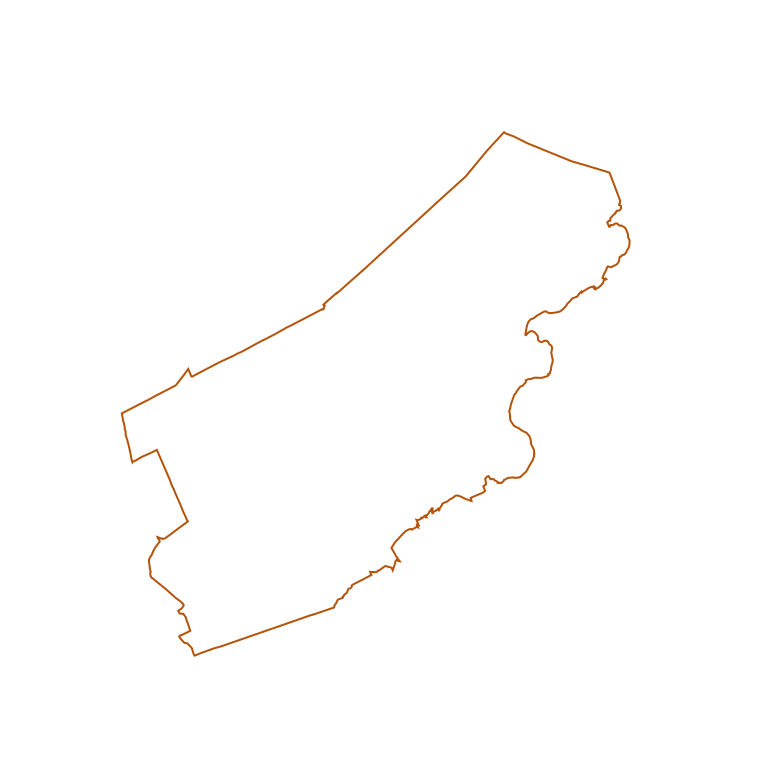 Ceamurlia De Jos, Tulcea, Romania (Mercator projection), rotated 248°
{"feature_id": "2599482B14465216932535", "entity_name": "Ceamurlia De Jos", "entity_type": "district", "adm_level": 2, "iso_a3": "ROU", "parent_name": "Romania", "parent_adm1": "Tulcea", "projection": "mercator", "projection_center": [28.752, 44.725], "detail": "fine", "context": "isolated", "style": "outline", "palette": "amber", "viewbox_px": 768, "rotation_deg": 248, "n_neighbors": 0, "source": "geoboundaries", "source_scale": "gbopen_adm2", "svg_char_len": 6157}
<svg xmlns="http://www.w3.org/2000/svg" viewBox="0 0 768 768"><g transform="rotate(248 384 384)"><path d="M203.1,106.6L203.1,114.6L202.6,127.5L201.8,133.9L197.1,228.8L196.9,231.8L196.7,231.8L195.5,254.1L196.0,254.2L196.9,254.9L199.1,257.9L201.0,259.9L201.4,261.3L201.1,265.4L201.3,265.8L202.1,265.9L202.4,266.2L202.6,267.3L203.1,267.7L203.8,269.1L204.2,271.1L207.3,274.2L207.5,274.8L207.3,275.3L207.2,276.5L207.6,277.6L208.0,278.1L209.2,278.6L209.6,279.3L211.6,300.7L213.3,300.6L215.0,300.8L212.4,306.4L212.8,308.0L213.1,308.1L213.4,308.9L213.0,309.4L213.0,309.7L214.6,316.3L214.7,317.2L210.7,322.3L208.0,322.3L211.6,325.5L215.6,328.5L215.9,329.5L216.1,329.8L214.0,331.6L213.7,332.2L217.0,331.3L220.2,330.7L229.3,329.5L233.5,335.6L235.9,340.9L237.0,343.0L237.4,344.4L237.8,344.8L239.5,348.9L239.8,352.4L239.7,354.3L239.6,354.6L239.2,355.0L238.5,355.3L239.1,359.7L239.1,361.2L238.5,361.7L241.4,361.7L241.5,362.5L239.5,362.6L239.5,363.3L245.9,363.2L245.5,363.7L245.1,365.1L245.0,366.6L245.5,367.8L246.0,368.4L245.2,368.7L246.0,371.3L246.6,371.9L246.6,372.5L245.9,372.5L244.5,372.9L244.4,373.5L245.5,373.3L246.4,373.7L246.3,374.7L247.9,377.5L248.9,378.4L248.9,379.5L250.4,380.9L250.8,382.0L250.6,382.4L249.9,382.4L248.8,381.2L247.7,381.0L246.9,380.5L246.0,380.5L245.9,380.9L246.3,381.2L246.3,381.5L247.2,381.9L247.0,384.5L247.7,386.2L247.0,387.2L246.1,387.6L246.1,388.0L246.4,388.3L248.1,388.1L247.9,388.8L248.0,389.4L248.8,390.6L249.5,391.3L249.8,392.2L250.7,392.7L251.2,393.7L251.4,396.7L251.3,398.8L252.1,400.7L252.9,405.9L253.6,408.2L253.5,409.1L253.3,410.0L251.9,412.0L246.6,416.9L242.7,421.3L246.0,421.8L246.2,434.8L247.0,437.7L251.8,437.7L252.1,438.2L252.3,439.0L252.6,439.6L252.6,440.6L252.9,441.1L253.6,441.4L254.9,441.5L255.7,441.8L258.1,442.2L258.6,443.3L259.5,444.5L259.6,445.0L259.4,446.5L255.9,447.1L255.6,447.4L255.6,448.7L254.4,450.2L253.0,450.6L252.4,451.4L250.5,452.7L249.8,452.3L249.3,452.9L249.4,453.9L248.6,454.7L248.4,455.3L248.3,456.0L248.9,457.4L249.0,458.2L250.1,459.4L250.0,460.8L250.4,462.2L250.4,464.1L248.9,469.1L248.2,469.6L247.5,471.4L247.2,472.8L246.7,474.2L246.7,475.5L246.9,475.5L247.0,476.3L247.8,478.2L249.4,482.8L250.3,484.0L255.9,490.9L257.0,492.6L259.2,494.7L260.8,496.0L262.8,496.9L262.7,497.1L266.2,498.2L267.7,498.3L272.7,497.9L274.0,498.1L275.9,498.8L279.3,499.3L281.8,499.2L283.6,498.4L285.4,497.9L287.5,495.8L289.9,494.0L293.4,491.8L294.3,490.4L296.7,488.8L301.2,487.9L302.6,487.7L304.2,487.8L309.9,489.7L311.5,489.7L312.3,490.1L313.1,491.1L317.6,494.1L324.8,500.4L326.5,503.2L327.8,504.7L330.5,509.3L330.5,512.1L331.5,513.7L332.1,515.5L333.6,516.8L334.3,516.8L334.4,519.5L333.5,522.5L333.6,523.3L333.6,524.6L333.3,526.5L330.9,531.7L330.5,533.5L330.3,536.8L330.0,538.0L330.5,539.9L331.7,539.9L331.8,542.0L333.1,542.5L334.6,544.1L337.8,545.8L341.3,548.6L343.8,549.7L345.2,549.8L349.7,550.7L350.5,550.9L353.4,552.9L355.1,553.5L356.3,553.6L357.3,553.3L359.1,552.1L361.7,551.9L363.0,551.1L363.7,550.0L363.9,549.5L363.8,548.4L364.0,548.4L363.8,546.8L363.9,545.8L364.6,544.7L365.4,544.0L366.8,543.5L368.1,543.5L369.9,544.3L370.9,544.5L372.0,544.3L375.4,543.1L377.3,541.4L378.0,540.1L378.0,539.0L377.4,536.5L376.1,533.9L376.4,533.5L377.4,533.9L383.7,537.8L386.7,540.3L388.3,542.5L389.0,544.5L388.9,546.9L389.2,548.6L390.0,550.8L390.6,555.6L390.9,556.8L391.1,559.6L390.8,561.3L388.5,563.0L387.7,564.1L387.1,565.7L385.7,571.1L385.3,574.9L386.9,579.4L387.2,579.8L388.2,582.0L389.9,584.3L391.0,587.3L392.7,590.3L392.9,591.3L392.6,595.2L392.8,595.8L393.3,597.0L394.9,599.3L395.8,601.6L394.6,601.7L395.2,603.1L395.5,604.5L396.3,609.6L396.4,612.4L396.0,613.5L395.9,615.2L395.5,615.7L394.3,615.8L394.1,614.6L393.3,614.7L392.5,615.4L393.0,617.2L393.0,618.9L393.7,620.4L393.8,621.5L394.9,623.2L395.4,624.7L395.9,624.9L396.3,625.5L398.0,626.7L397.8,628.2L397.9,629.4L398.9,628.9L398.7,627.7L400.5,626.3L402.7,628.4L404.0,629.5L404.8,630.8L406.7,632.9L408.6,634.6L409.1,635.4L409.0,636.0L407.5,637.7L407.2,638.6L407.6,641.0L407.4,642.2L407.7,644.5L408.4,645.9L409.7,647.7L413.6,650.2L413.7,650.7L413.4,651.6L414.3,653.4L413.9,655.0L414.4,656.2L415.2,657.7L416.7,659.1L418.6,661.8L421.1,663.7L425.1,665.5L429.1,665.3L431.5,666.3L437.2,666.4L439.5,665.5L441.8,663.5L442.4,662.8L442.7,661.5L445.6,660.2L446.2,658.0L445.5,655.9L446.1,654.7L446.4,654.2L446.4,653.7L445.3,652.5L445.4,651.7L450.2,651.5L451.1,653.5L450.6,654.6L451.1,655.4L452.9,655.9L453.2,656.3L453.6,657.5L454.8,659.9L455.1,661.3L455.8,662.1L455.7,662.6L457.3,664.4L457.3,665.5L456.9,666.0L456.8,666.8L457.0,668.0L457.6,669.1L459.4,670.1L460.5,670.4L462.0,669.0L462.6,669.3L463.5,670.6L464.7,671.1L465.0,671.6L495.5,672.3L511.8,652.1L520.3,641.3L553.7,606.9L564.6,597.4L570.8,590.6L572.5,589.6L561.7,566.8L545.8,537.4L535.3,508.7L497.5,407.6L486.5,376.5L485.7,374.2L486.1,374.1L482.5,363.6L480.2,357.5L478.9,358.4L478.1,357.6L476.3,356.2L476.1,355.7L476.0,355.1L476.4,354.9L476.5,354.5L473.2,320.7L472.9,315.6L471.0,301.1L470.1,291.3L469.8,286.5L467.2,264.0L467.1,259.1L466.7,256.9L465.8,239.6L463.6,216.8L462.7,209.1L462.8,208.7L463.1,208.4L463.7,208.2L471.3,208.1L467.5,202.1L460.8,190.5L459.7,180.1L459.7,179.3L458.5,166.7L457.6,159.7L457.3,154.9L455.0,129.9L446.7,128.2L445.3,128.2L441.9,127.6L438.7,126.6L436.5,126.6L433.4,125.3L427.1,124.9L426.2,124.6L425.0,124.6L416.6,123.3L408.8,121.7L405.6,121.4L406.0,122.1L406.1,125.1L407.1,131.8L407.4,138.3L407.3,139.3L408.0,148.7L376.1,149.5L370.9,149.3L367.0,149.4L366.0,149.7L360.7,149.6L349.4,150.0L339.6,150.0L336.4,150.3L332.5,150.3L330.1,150.7L325.3,132.3L324.6,130.0L322.8,122.5L322.9,122.0L323.6,120.8L323.5,120.3L327.0,116.6L326.4,116.5L323.1,117.2L321.9,117.0L318.2,110.7L316.4,108.4L312.4,104.4L311.2,102.5L309.7,100.9L309.0,100.3L307.6,99.6L303.2,98.6L301.1,97.8L297.2,97.3L296.6,96.5L294.1,95.8L292.6,95.7L291.6,96.0L276.1,104.6L262.6,111.3L259.7,113.3L255.9,115.2L254.5,115.4L253.8,115.4L252.2,113.3L251.6,111.8L251.0,108.9L250.7,108.2L247.6,108.6L246.8,110.5L246.0,111.9L241.6,112.9L238.0,112.3L236.8,112.5L227.7,111.9L227.1,103.0L227.2,100.3L226.4,99.5L224.0,100.0L219.1,101.8L218.7,102.1L217.0,104.7L211.0,106.9L205.7,106.4L204.4,106.3L203.1,106.6Z" fill="none" stroke="#b45309" stroke-width="2"/></g></svg>